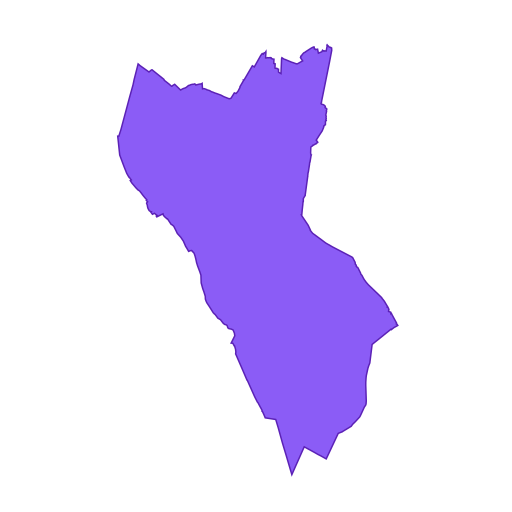 Opsterland, Friesland, Netherlands, rotated 94°
{"feature_id": "6326949B72707200000476", "entity_name": "Opsterland", "entity_type": "district", "adm_level": 2, "iso_a3": "NLD", "parent_name": "Netherlands", "parent_adm1": "Friesland", "projection": "albers", "projection_center": [6.082, 53.047], "detail": "fine", "context": "isolated", "style": "filled", "palette": "violet", "viewbox_px": 512, "rotation_deg": 94, "n_neighbors": 0, "source": "geoboundaries", "source_scale": "gbopen_adm2", "svg_char_len": 5774}
<svg xmlns="http://www.w3.org/2000/svg" viewBox="0 0 512 512"><g transform="rotate(94 256 256)"><path d="M334.4,272.2L337.1,271.6L344.6,274.7L344.7,273.0L347.1,271.5L347.0,271.2L350.5,269.9L353.1,269.4L355.1,269.5L355.6,269.2L369.8,261.8L380.5,256.3L380.6,256.0L396.5,247.5L401.0,244.8L401.4,244.6L402.2,243.8L405.4,241.8L409.0,239.5L409.8,239.2L410.4,239.2L410.5,238.9L411.2,238.4L413.8,237.0L416.8,235.5L417.7,224.9L425.9,221.8L440.9,216.5L453.3,211.8L471.6,205.0L443.0,194.6L447.8,184.1L449.6,180.4L450.9,177.3L453.5,171.8L427.2,161.6L425.3,157.6L425.2,157.6L423.3,154.9L419.2,149.1L417.2,147.9L414.4,145.4L409.4,141.4L408.4,140.9L406.4,140.1L399.2,137.4L397.5,136.4L397.4,136.3L396.4,136.0L395.8,135.9L392.9,135.9L383.1,136.9L377.2,137.5L374.0,137.7L369.4,137.7L367.5,137.6L360.0,136.5L357.3,135.8L354.8,135.0L336.1,134.0L319.6,116.2L320.0,115.8L317.7,113.3L317.1,112.3L315.4,109.7L314.3,110.5L314.0,111.3L313.1,111.1L304.8,116.4L304.5,116.5L303.2,117.4L303.6,117.6L302.6,117.8L302.1,119.9L300.4,119.7L300.4,119.9L299.7,119.9L299.3,120.0L298.3,120.6L298.1,120.8L298.0,121.0L297.8,121.0L297.8,121.5L297.1,121.4L293.2,124.1L292.3,124.7L290.7,126.1L289.5,127.3L289.0,127.5L288.5,128.0L276.8,142.0L274.6,144.2L272.0,146.4L270.5,147.4L267.9,149.0L267.4,149.5L267.2,149.8L266.7,150.2L265.7,150.5L260.6,153.5L260.2,153.9L259.9,154.7L259.5,155.1L259.4,155.2L259.2,155.1L258.5,155.3L258.2,155.5L257.9,155.6L257.6,155.8L257.4,156.2L257.1,156.4L256.1,156.5L255.2,156.8L250.8,159.5L250.6,159.9L250.5,160.0L250.3,160.3L241.5,180.5L238.2,187.3L237.3,188.7L235.6,191.3L229.4,201.1L228.0,202.4L226.5,203.7L226.2,203.6L221.7,206.1L214.5,211.7L213.0,212.9L212.0,213.5L212.0,213.3L211.8,213.2L206.5,213.1L201.6,212.9L199.9,212.9L198.9,212.8L198.6,212.8L198.6,212.7L198.2,212.6L195.5,212.8L194.4,212.3L192.1,211.1L191.2,211.2L190.8,211.1L173.6,210.0L172.8,209.9L172.6,210.0L170.5,209.9L170.4,210.0L168.1,209.6L160.7,209.0L159.4,209.0L158.8,208.9L158.6,208.7L153.4,208.2L152.2,208.1L151.4,207.9L151.4,208.0L151.0,208.3L149.4,208.7L143.6,208.9L143.2,208.6L142.1,207.2L141.6,207.1L141.4,206.3L140.9,205.8L140.7,205.3L140.1,204.6L140.1,204.1L139.7,204.0L138.4,202.3L138.2,202.3L136.2,204.0L131.2,201.3L126.6,198.7L123.0,197.5L121.7,197.5L121.3,197.2L121.2,196.8L120.7,196.7L120.2,195.9L116.6,196.1L116.3,195.9L116.1,195.4L115.7,195.3L115.1,195.8L114.7,195.7L113.7,195.5L113.1,195.8L112.6,195.8L111.5,195.7L111.3,195.8L111.0,196.1L110.4,196.2L106.8,195.7L106.6,195.7L106.3,196.0L104.5,195.6L104.3,195.7L103.9,196.0L103.5,197.0L103.3,197.3L103.1,197.4L101.9,197.3L101.6,197.5L100.7,198.6L100.2,199.8L100.1,200.1L100.1,200.6L100.0,201.2L99.8,201.5L99.3,201.8L97.8,201.3L97.4,201.4L57.3,196.2L45.6,194.8L43.8,195.0L43.3,195.1L43.3,195.5L42.9,195.6L42.6,196.3L42.6,197.0L42.4,197.6L41.4,198.6L41.1,199.2L40.4,199.8L40.6,199.9L40.7,199.6L40.9,199.6L46.6,200.3L46.6,202.5L46.9,202.6L46.8,202.9L46.1,204.0L47.6,204.5L49.3,207.9L45.4,209.0L45.7,209.9L45.7,210.4L45.9,210.7L45.5,210.9L45.4,212.2L44.9,212.4L43.5,212.5L43.4,212.9L43.9,214.0L44.7,215.3L48.8,220.8L49.0,220.8L50.1,222.6L51.9,224.0L52.9,224.5L53.2,224.8L53.6,225.3L54.3,225.1L54.5,225.2L54.8,225.5L55.4,225.2L58.1,223.1L58.5,223.7L61.4,228.1L61.4,228.9L61.5,229.1L60.6,232.2L60.2,233.9L57.8,241.0L57.7,241.7L56.4,244.0L57.0,244.2L58.8,244.2L72.3,243.8L71.2,246.1L70.9,246.4L68.1,246.6L67.9,247.2L67.7,247.9L67.4,248.1L67.3,248.3L67.4,249.0L67.4,249.6L67.3,250.1L67.2,250.2L62.9,250.3L62.8,250.5L62.8,251.5L62.7,251.7L58.4,251.8L58.3,253.4L58.0,253.7L58.0,254.5L57.8,254.6L57.2,254.7L57.1,254.9L57.1,255.7L57.3,256.8L57.4,257.1L57.3,258.3L57.4,258.6L57.6,258.9L57.7,260.2L55.4,260.3L52.3,260.3L51.4,260.4L52.5,261.0L52.7,261.3L52.7,262.0L54.2,262.9L54.1,263.1L53.6,263.9L53.7,264.0L55.7,265.3L67.5,270.9L66.5,272.9L81.1,280.1L81.3,280.9L81.5,280.8L81.5,280.5L88.2,283.8L89.1,283.8L93.0,285.5L95.2,287.1L95.1,287.8L94.8,289.0L100.3,291.9L100.7,292.7L101.0,293.7L100.9,294.1L100.8,294.5L99.3,299.2L98.0,302.1L96.7,306.6L96.3,308.3L95.8,309.8L95.5,310.6L95.2,312.1L94.9,312.5L94.2,313.9L93.6,316.7L93.4,316.8L92.7,319.1L92.7,320.0L92.8,320.3L92.9,320.5L93.0,321.0L87.5,321.8L87.9,322.3L88.2,322.9L88.5,324.5L89.6,328.0L89.0,328.4L88.7,328.9L88.6,329.2L89.0,330.2L89.2,331.7L89.3,331.9L89.6,332.9L90.4,334.4L90.5,334.9L90.6,335.2L92.6,337.3L93.3,338.4L93.8,339.7L94.4,340.9L95.7,342.8L90.4,349.1L91.5,350.7L92.4,351.6L92.6,351.9L92.6,352.0L91.6,353.4L90.9,354.2L87.1,359.8L86.3,360.1L86.2,360.2L77.5,372.7L77.6,373.0L77.7,373.3L79.9,375.6L74.0,385.2L73.4,385.9L72.6,387.0L88.6,389.9L93.8,390.6L106.0,393.1L139.5,399.6L146.0,401.2L146.1,402.3L164.8,399.0L176.2,393.8L182.6,390.7L185.6,388.7L186.4,388.1L186.3,387.9L188.2,386.3L188.8,385.7L189.5,386.7L192.0,384.8L193.2,383.6L196.3,380.6L198.1,378.6L198.5,378.1L198.9,377.2L199.2,376.7L200.7,375.3L202.7,373.6L203.7,372.7L205.8,370.7L207.5,368.9L208.2,369.3L209.5,367.9L210.7,368.8L211.2,368.8L212.5,368.1L214.6,367.6L216.0,367.1L218.1,365.8L219.2,364.1L219.2,363.9L219.4,364.1L221.6,362.2L220.5,360.3L222.4,357.5L222.6,357.3L223.2,358.2L223.9,357.7L220.4,351.7L221.9,351.2L223.2,349.9L224.9,347.7L225.2,347.3L225.1,346.9L230.2,343.0L230.4,342.8L230.8,341.8L231.2,341.2L232.1,340.1L236.3,337.6L239.1,336.0L242.4,332.5L246.2,329.5L251.6,326.7L251.9,326.4L252.4,326.0L253.0,325.6L256.1,323.5L255.3,322.0L255.1,320.9L255.0,320.6L255.9,319.8L255.8,319.7L257.5,318.0L258.6,317.5L260.3,316.8L263.3,315.8L266.8,314.8L269.9,313.6L276.0,310.8L279.0,309.6L286.7,308.8L292.4,306.8L295.3,305.5L299.7,303.8L302.5,303.5L304.4,302.7L306.2,301.7L309.7,299.0L315.7,294.6L316.2,293.9L316.7,293.5L316.7,293.3L317.4,292.5L320.7,289.7L322.0,287.0L325.4,284.0L326.4,282.6L326.8,280.8L327.3,280.0L329.6,279.1L330.3,278.1L330.7,275.4L331.4,273.7L334.4,272.2Z" fill="#8b5cf6" stroke="#5b21b6" stroke-width="1.5"/></g></svg>